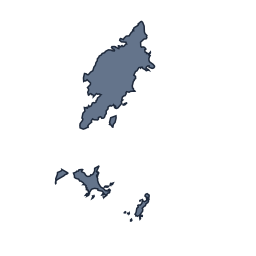 Ko Kut, Trat, Thailand (Albers equal-area conic projection), rotated 221°
{"feature_id": "78962969B85434613183217", "entity_name": "Ko Kut", "entity_type": "district", "adm_level": 2, "iso_a3": "THA", "parent_name": "Thailand", "parent_adm1": "Trat", "projection": "albers", "projection_center": [102.496, 11.71], "detail": "fine", "context": "isolated", "style": "filled", "palette": "slate", "viewbox_px": 256, "rotation_deg": 221, "n_neighbors": 0, "source": "geoboundaries", "source_scale": "gbopen_adm2", "svg_char_len": 5845}
<svg xmlns="http://www.w3.org/2000/svg" viewBox="0 0 256 256"><g transform="rotate(221 128 128)"><path d="M152.3,162.4L154.5,166.6L154.6,168.2L155.1,168.7L154.7,170.3L156.2,171.9L158.3,171.7L159.4,175.5L158.8,177.1L159.4,180.7L158.5,181.8L157.7,181.5L157.7,182.7L157.2,183.2L155.7,182.7L153.5,183.3L151.8,183.2L150.7,185.1L150.1,185.3L151.0,185.5L153.4,184.8L154.1,185.7L153.9,187.6L152.9,188.7L151.9,187.7L148.9,188.8L148.0,190.1L148.1,191.5L148.6,192.1L150.7,192.5L155.1,192.1L156.2,192.6L157.6,193.8L158.5,195.7L158.8,197.1L159.7,196.7L160.5,197.0L160.6,197.6L160.2,198.0L160.4,199.4L160.9,199.9L160.9,197.9L162.8,196.4L163.3,197.1L164.9,196.5L166.7,198.0L166.3,199.3L168.4,199.7L169.8,199.1L170.9,197.8L172.0,198.1L174.8,201.0L174.3,205.4L173.9,206.2L172.9,207.1L173.0,208.5L173.9,208.9L174.4,210.2L177.0,210.4L178.6,211.2L182.7,215.5L186.2,217.3L187.6,217.4L188.1,216.7L188.6,213.1L188.0,213.0L187.8,211.9L189.2,207.6L188.8,206.4L187.7,205.2L188.6,205.0L188.0,203.8L188.2,201.9L187.6,198.3L189.6,196.2L189.9,193.3L189.5,191.8L192.3,190.7L192.4,190.0L191.8,188.7L189.5,188.7L185.8,191.4L184.2,190.5L184.7,190.1L184.7,187.1L185.2,186.1L186.6,186.3L186.9,185.4L186.7,184.5L187.8,184.0L188.7,184.2L189.2,183.8L188.7,183.3L187.9,183.2L187.0,181.9L188.0,181.4L189.4,181.4L190.1,180.8L190.9,181.0L191.7,180.6L193.5,178.9L193.3,178.0L191.3,177.6L190.2,178.2L188.9,177.5L188.9,177.1L190.7,175.9L191.8,175.8L194.1,174.1L195.3,170.9L195.0,169.6L196.4,167.2L196.1,165.7L196.9,163.5L196.4,161.8L196.6,160.4L195.3,158.4L195.1,156.4L193.8,153.9L193.7,151.7L192.1,148.1L192.9,145.6L192.9,142.3L193.8,141.5L195.3,141.4L196.6,140.6L194.5,136.6L192.0,134.1L191.6,135.3L190.8,135.8L190.6,137.6L186.0,137.5L185.1,136.5L184.9,135.6L185.1,131.9L183.4,131.6L182.4,130.5L181.9,128.6L179.7,127.0L179.2,127.0L179.0,129.3L178.0,129.7L177.4,129.3L176.8,129.9L175.4,129.9L174.6,128.8L174.4,133.3L173.0,133.6L172.1,134.8L170.2,135.4L170.5,134.4L170.1,133.5L170.7,130.6L169.8,129.0L170.1,127.9L169.2,126.7L169.6,125.1L170.6,124.7L171.3,123.5L170.3,120.7L170.9,118.9L172.4,119.1L171.6,116.4L172.2,116.0L172.9,116.2L173.2,115.5L174.4,114.8L171.6,112.5L171.7,109.6L169.3,105.3L168.5,105.4L167.9,105.0L167.3,103.9L167.0,99.9L166.1,98.5L164.3,96.7L161.0,97.8L159.9,99.6L159.0,102.0L158.6,102.2L158.6,102.6L159.7,103.2L159.9,105.0L159.3,108.7L160.4,109.2L160.7,111.6L159.1,111.9L156.2,114.2L156.2,115.4L157.2,116.5L156.3,118.4L155.8,118.6L154.2,118.1L152.9,119.5L152.9,121.0L153.8,122.9L153.8,124.5L155.7,126.6L155.6,129.3L156.8,130.7L156.3,133.3L155.1,133.4L154.4,135.1L153.7,135.5L154.0,136.1L152.9,135.9L151.7,136.3L151.2,135.7L151.8,134.9L150.7,134.6L149.5,135.2L148.8,136.6L148.9,142.5L150.4,143.5L150.3,145.7L151.2,145.2L152.5,147.7L152.2,149.5L151.5,150.4L151.7,152.0L152.2,153.1L152.7,153.3L152.9,154.5L150.6,155.8L150.1,157.4L146.9,160.3L147.5,160.5L148.6,160.1L149.8,161.3L150.9,161.1L151.3,161.8L152.3,162.4ZM116.1,51.5L116.0,49.3L115.1,50.3L114.3,50.3L114.2,49.8L113.8,50.8L113.7,51.5L114.2,51.4L114.5,51.8L113.9,53.1L114.7,53.7L115.3,57.2L115.0,58.6L113.5,60.6L110.9,62.2L109.8,61.3L106.0,63.4L104.0,63.0L103.7,60.3L102.5,61.6L103.0,62.3L102.6,62.8L100.9,62.7L100.3,61.6L99.9,63.4L100.4,63.7L100.3,65.9L99.7,66.5L99.6,67.1L99.9,67.9L100.5,68.0L100.6,69.4L101.9,69.6L102.4,68.6L101.7,68.2L101.9,67.3L102.7,66.7L103.1,66.8L104.0,65.9L106.6,66.2L109.9,65.6L113.8,66.8L116.6,68.5L117.8,70.0L119.0,70.5L119.3,71.5L119.9,71.0L120.3,71.2L120.7,72.2L120.0,73.0L120.3,73.9L121.0,74.1L120.7,74.9L121.9,75.1L122.2,74.4L123.2,74.5L124.8,79.9L125.1,80.0L126.7,75.7L124.9,73.5L124.2,70.2L124.7,68.6L125.4,68.3L125.1,67.0L125.5,66.2L126.6,65.0L127.5,64.6L129.0,64.6L131.3,65.4L134.3,64.6L134.8,65.0L134.8,66.8L135.4,66.7L137.6,64.3L137.2,62.9L138.4,61.7L138.3,60.5L139.6,58.2L137.2,56.9L136.0,55.6L134.3,55.8L131.7,57.0L129.7,56.3L128.7,57.0L125.7,57.3L124.6,56.9L124.7,56.0L123.9,56.8L123.7,56.5L122.7,57.0L121.7,56.9L121.2,55.8L119.7,55.8L119.6,54.7L118.9,54.2L118.5,54.9L117.7,54.9L117.0,54.7L117.0,54.3L116.5,54.4L115.4,53.9L115.2,52.6L116.1,51.5ZM65.0,67.5L64.5,66.9L64.2,67.4L63.1,67.4L62.0,69.7L62.4,74.8L63.5,76.3L64.6,76.7L64.4,79.8L63.9,80.6L64.7,82.8L64.1,84.7L64.6,86.4L65.4,86.8L65.4,88.1L65.8,88.3L66.8,87.0L67.7,86.9L66.6,86.1L66.7,84.5L67.3,83.2L68.9,82.7L68.9,81.6L68.2,80.4L68.1,78.0L69.5,76.8L69.8,76.0L68.4,75.0L68.7,73.2L66.5,69.6L66.1,67.5L65.0,67.5ZM150.3,53.0L150.4,51.4L152.0,48.2L150.9,46.7L149.2,42.3L147.7,40.7L147.5,42.7L145.1,49.7L144.9,51.4L143.8,53.6L143.8,54.5L144.2,54.5L144.4,53.9L145.2,54.1L145.2,54.4L150.7,53.3L150.3,53.0ZM142.6,119.1L140.4,118.5L140.0,118.7L141.4,121.1L141.5,123.9L143.6,127.8L145.1,129.3L147.8,124.4L145.6,120.1L144.4,119.5L144.3,118.6L142.6,119.1ZM70.5,91.0L71.2,89.4L70.6,87.8L68.7,87.8L66.7,88.8L66.8,89.7L68.0,91.2L70.5,91.0ZM104.2,73.4L103.4,73.4L103.6,73.8L102.7,75.2L103.1,76.8L103.9,75.4L104.8,74.8L104.2,73.4ZM106.9,69.4L107.2,68.6L107.0,67.9L106.1,68.9L105.0,69.5L104.4,70.4L104.4,71.4L106.9,69.4ZM145.3,146.5L146.7,144.0L146.4,142.9L147.2,142.6L147.1,142.2L146.5,142.3L145.6,143.4L145.3,146.5ZM109.3,54.6L109.3,54.1L110.1,53.5L109.6,53.2L108.9,51.2L108.5,52.6L108.8,54.4L109.3,54.6ZM65.6,61.5L65.8,60.4L65.0,59.5L64.5,60.0L64.5,60.8L65.6,61.5ZM60.3,68.4L60.3,67.9L59.1,67.0L59.1,67.8L60.3,68.4ZM75.1,63.0L75.3,62.1L75.2,61.6L74.5,61.9L74.3,62.5L74.5,63.0L75.1,63.0ZM61.0,69.7L61.2,69.0L60.5,68.5L60.2,69.4L61.0,69.7ZM60.7,70.7L59.8,70.4L59.3,70.7L59.6,71.2L60.2,71.3L60.7,70.7ZM72.1,63.1L71.4,63.4L71.3,63.7L71.8,63.9L72.3,63.5L72.1,63.1ZM70.2,83.5L70.4,83.0L69.8,82.8L69.7,83.3L70.2,83.5ZM71.2,81.6L71.5,81.1L71.2,80.7L70.8,81.2L71.2,81.6ZM71.5,64.8L71.5,64.4L70.8,63.8L70.8,64.2L71.5,64.8ZM101.4,59.7L100.8,59.5L101.1,60.1L101.4,59.7ZM147.4,40.4L147.4,39.9L147.1,39.6L147.0,39.9L147.4,40.4ZM146.3,39.2L146.5,38.8L146.1,38.6L146.1,39.0L146.3,39.2Z" fill="#64748b" stroke="#1e293b" stroke-width="1.5"/></g></svg>